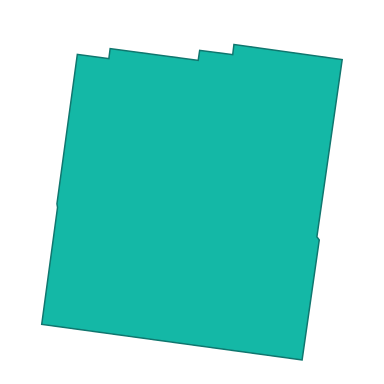 Boone, Nebraska, United States of America (Robinson projection), rotated 188°
{"feature_id": "52423323B18461908563123", "entity_name": "Boone", "entity_type": "district", "adm_level": 2, "iso_a3": "USA", "parent_name": "United States of America", "parent_adm1": "Nebraska", "projection": "robinson", "projection_center": [-98.057, 41.699], "detail": "fine", "context": "isolated", "style": "filled", "palette": "teal", "viewbox_px": 384, "rotation_deg": 188, "n_neighbors": 0, "source": "geoboundaries", "source_scale": "gbopen_adm2", "svg_char_len": 343}
<svg xmlns="http://www.w3.org/2000/svg" viewBox="0 0 384 384"><g transform="rotate(188 192 192)"><path d="M59.6,41.0L59.3,162.2L62.1,165.0L61.7,344.0L171.0,343.9L170.8,333.7L204.1,333.3L204.2,323.2L293.0,322.6L292.9,312.5L324.7,312.3L324.1,161.5L323.0,158.0L322.4,40.0L59.6,41.0Z" fill="#14b8a6" stroke="#0f766e" stroke-width="1.5"/></g></svg>